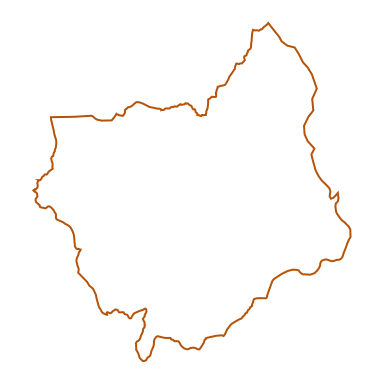 Seno, Séno, Burkina Faso (Equal Earth projection)
{"feature_id": "67063806B86156352342594", "entity_name": "Seno", "entity_type": "district", "adm_level": 2, "iso_a3": "BFA", "parent_name": "Burkina Faso", "parent_adm1": "Séno", "projection": "equal_earth", "projection_center": [-0.111, 13.969], "detail": "fine", "context": "isolated", "style": "outline", "palette": "amber", "viewbox_px": 384, "rotation_deg": 0, "n_neighbors": 0, "source": "geoboundaries", "source_scale": "gbopen_adm2", "svg_char_len": 5934}
<svg xmlns="http://www.w3.org/2000/svg" viewBox="0 0 384 384"><path d="M223.6,336.0L224.9,334.3L227.2,329.4L230.5,325.0L232.3,323.4L237.8,320.1L240.5,318.8L241.3,318.6L241.8,318.1L242.4,317.1L243.4,316.1L244.4,315.3L245.5,313.4L246.5,312.7L247.0,312.6L247.5,311.2L248.1,310.1L249.5,309.0L249.8,308.4L250.0,307.6L250.3,307.1L251.5,306.6L252.1,305.9L251.8,305.5L252.2,304.2L253.1,302.0L253.5,300.3L254.0,299.1L257.1,298.2L262.8,298.2L265.7,298.3L266.6,297.8L266.9,297.3L267.3,295.1L268.0,293.0L272.2,281.4L272.8,280.3L274.2,278.8L281.9,273.8L287.7,271.0L292.3,269.8L294.4,269.7L297.5,270.0L298.8,270.6L299.8,272.1L301.2,273.3L302.3,274.1L303.2,274.4L304.3,274.3L310.1,274.7L314.5,273.2L317.0,270.8L319.1,267.9L319.8,266.3L320.1,265.5L320.2,263.7L320.6,262.6L321.0,261.7L322.3,260.4L324.0,259.8L326.0,259.4L327.9,259.8L330.0,260.7L331.7,261.1L333.3,261.1L336.6,259.9L338.8,259.8L340.5,259.1L341.5,258.2L342.5,256.8L343.8,252.7L345.6,248.3L347.3,243.3L349.0,239.5L350.6,236.9L350.5,236.5L350.3,229.4L348.8,226.7L344.4,222.1L342.4,220.8L340.9,219.2L336.7,213.3L335.9,210.6L335.4,206.1L335.9,203.4L337.8,201.4L338.5,198.2L337.8,192.9L335.6,195.6L333.1,198.0L330.9,198.7L329.6,196.3L330.4,191.5L329.5,188.5L327.7,186.3L321.8,180.5L318.7,176.3L315.5,170.1L312.4,158.7L311.4,154.5L314.4,148.6L307.6,141.0L304.6,134.4L304.0,125.9L308.4,116.8L313.3,110.5L312.2,98.9L316.8,88.7L311.9,74.4L307.5,67.2L303.0,62.4L299.0,54.4L294.7,47.5L287.5,45.7L281.7,41.5L279.3,37.0L268.2,23.0L266.8,24.8L266.3,25.0L265.5,25.9L264.3,26.6L261.9,29.2L261.6,29.4L260.6,29.4L259.2,30.6L258.6,30.7L257.2,30.2L255.9,30.4L254.3,30.3L253.1,29.8L252.3,32.5L252.1,33.7L251.6,41.1L251.2,43.4L251.0,47.0L250.9,47.7L250.5,48.5L248.0,50.7L247.6,52.6L246.9,53.5L246.7,54.2L246.7,54.9L245.7,55.8L244.7,56.0L244.1,56.8L244.3,58.3L244.8,59.9L243.6,61.7L242.5,62.7L242.0,63.4L239.9,63.5L239.2,64.0L238.6,64.0L237.0,63.5L236.2,63.8L236.2,64.3L235.4,65.7L234.8,68.2L234.8,69.1L233.8,70.2L233.1,71.5L229.3,76.8L228.3,79.5L227.0,81.7L226.1,83.5L224.9,84.9L223.5,85.4L220.0,86.0L219.2,86.5L217.7,86.8L217.3,88.9L216.7,89.6L216.5,91.8L216.0,92.3L215.8,92.9L216.0,93.4L216.1,94.9L216.1,96.5L215.9,96.8L214.3,97.0L211.7,96.7L209.8,98.7L208.4,99.2L208.1,99.8L208.2,102.3L207.7,107.4L207.3,109.1L206.3,111.2L206.3,113.0L205.9,113.7L205.9,115.0L204.3,115.0L203.3,115.3L202.5,114.9L201.7,115.2L201.7,115.6L201.5,115.9L200.4,116.0L198.9,115.2L197.3,115.1L197.3,113.5L195.5,111.9L195.3,110.2L194.8,109.3L193.2,109.3L192.8,108.9L191.3,105.8L189.5,105.0L187.7,103.4L186.9,103.3L186.3,103.7L185.3,103.3L184.4,104.3L181.2,104.9L180.6,104.2L179.7,104.5L178.6,105.5L178.1,105.6L177.2,106.6L174.4,106.4L173.3,107.1L172.4,106.9L171.7,107.2L170.8,107.3L169.6,108.5L165.9,108.4L165.0,108.7L164.0,109.8L162.7,110.0L161.7,109.9L161.2,110.1L161.2,109.5L159.8,108.7L156.8,108.6L153.9,107.8L151.8,107.5L149.3,106.9L143.2,103.7L139.9,102.5L137.5,102.1L136.3,102.2L134.0,104.0L132.6,105.4L131.2,106.4L129.2,107.2L128.3,107.1L127.5,107.9L127.1,108.5L126.2,108.8L125.0,110.0L124.9,113.0L124.6,113.3L124.0,114.6L123.7,114.7L122.8,115.9L120.5,115.4L120.1,115.5L119.3,115.1L118.8,115.1L118.4,114.7L117.6,114.4L117.2,114.5L116.7,114.4L116.4,114.0L115.7,115.3L115.2,115.8L114.3,117.2L111.7,120.4L101.6,120.6L97.3,119.7L95.0,118.4L92.8,116.4L91.9,115.9L90.9,115.8L74.0,116.8L50.9,117.2L51.1,119.7L53.6,130.0L54.3,134.0L56.2,140.3L56.3,143.3L55.9,147.0L55.2,149.2L54.8,149.9L54.8,151.4L53.9,152.6L53.5,154.0L53.3,155.9L51.9,156.6L51.2,158.4L51.6,160.9L52.3,162.3L52.5,163.1L52.6,164.4L52.4,167.4L52.7,168.8L49.8,170.7L48.6,171.9L46.8,174.5L46.3,174.6L45.5,174.4L44.6,174.5L43.9,175.8L42.4,176.7L41.9,177.8L40.6,179.8L39.9,180.2L38.5,180.2L39.0,180.5L37.9,181.2L37.3,183.2L37.6,184.4L37.7,185.4L37.5,187.4L37.2,187.9L35.7,189.5L35.0,189.1L33.4,190.4L34.5,191.6L35.6,192.0L36.7,193.1L37.0,193.5L37.4,195.8L37.3,196.7L35.8,198.8L35.6,199.5L35.6,200.8L36.2,202.2L38.2,203.9L38.7,204.5L39.3,204.8L39.7,205.4L39.8,206.5L40.3,207.2L45.3,208.3L45.9,208.2L47.4,206.8L48.3,206.4L49.5,206.4L50.9,207.3L53.4,209.8L54.6,212.2L55.7,213.6L56.0,214.9L55.9,217.4L56.2,218.7L56.9,219.5L63.2,222.3L65.3,223.9L68.4,225.5L69.7,226.5L70.9,228.0L72.4,230.9L73.3,233.1L73.9,235.2L74.2,237.8L74.9,246.0L75.5,247.4L76.3,248.5L77.1,249.0L78.9,248.9L79.7,249.5L80.6,249.6L80.0,251.1L79.3,251.8L78.6,253.3L78.6,254.3L76.8,258.3L76.4,260.5L76.7,262.5L77.5,265.7L78.7,268.9L78.6,270.4L78.2,272.4L78.6,273.3L79.6,274.1L87.1,281.9L89.3,285.6L93.0,288.7L94.2,291.1L95.9,294.9L96.7,298.9L98.8,306.5L99.4,307.8L100.0,308.4L101.3,310.9L102.0,312.1L103.5,313.4L106.7,314.8L107.0,314.8L106.8,314.1L106.8,312.5L107.6,312.2L110.0,313.2L110.9,313.1L111.6,312.6L112.4,311.5L115.0,309.7L115.8,309.4L117.8,310.2L118.8,312.1L119.2,312.4L123.5,312.2L124.7,314.1L127.0,314.7L127.6,315.2L128.7,317.4L129.3,318.1L130.1,318.5L131.1,318.1L132.5,315.5L133.4,314.2L134.2,313.3L139.4,311.0L143.0,309.9L144.4,308.9L145.4,308.6L145.9,308.9L146.4,310.0L146.4,311.9L144.8,314.9L144.6,315.5L144.7,316.4L142.9,318.8L143.8,321.1L144.5,321.9L144.5,323.4L144.8,324.2L144.5,325.3L144.9,325.9L144.5,326.6L144.4,327.4L143.3,328.7L143.1,329.3L142.8,331.8L140.9,335.9L140.1,338.5L139.2,340.0L138.3,340.9L137.0,341.4L136.3,342.3L135.9,343.5L136.2,345.0L136.0,346.0L136.3,347.9L136.1,349.3L136.4,350.1L137.2,351.3L138.6,354.2L139.4,357.3L139.8,358.0L142.6,360.9L144.0,361.0L145.7,360.5L146.1,360.2L147.2,358.0L148.0,357.3L149.2,356.6L150.2,355.5L151.0,353.1L151.2,351.6L153.2,347.0L153.8,344.9L154.1,340.5L154.7,339.0L155.6,337.6L156.5,336.7L157.6,336.2L163.7,337.7L166.3,338.0L170.0,337.9L170.6,338.2L171.2,339.4L173.3,340.0L174.5,341.2L177.5,341.2L178.6,341.4L179.6,342.9L181.1,345.6L182.8,347.3L184.2,348.4L185.8,348.9L187.0,349.3L188.4,349.1L190.3,348.1L193.2,347.6L195.2,348.0L197.5,349.2L199.2,349.4L199.8,349.0L202.8,344.4L203.7,342.9L204.1,341.8L204.5,340.0L205.7,339.3L205.7,338.3L207.4,337.7L216.0,335.8L221.7,335.3L223.6,336.0Z" fill="none" stroke="#b45309" stroke-width="2"/></svg>